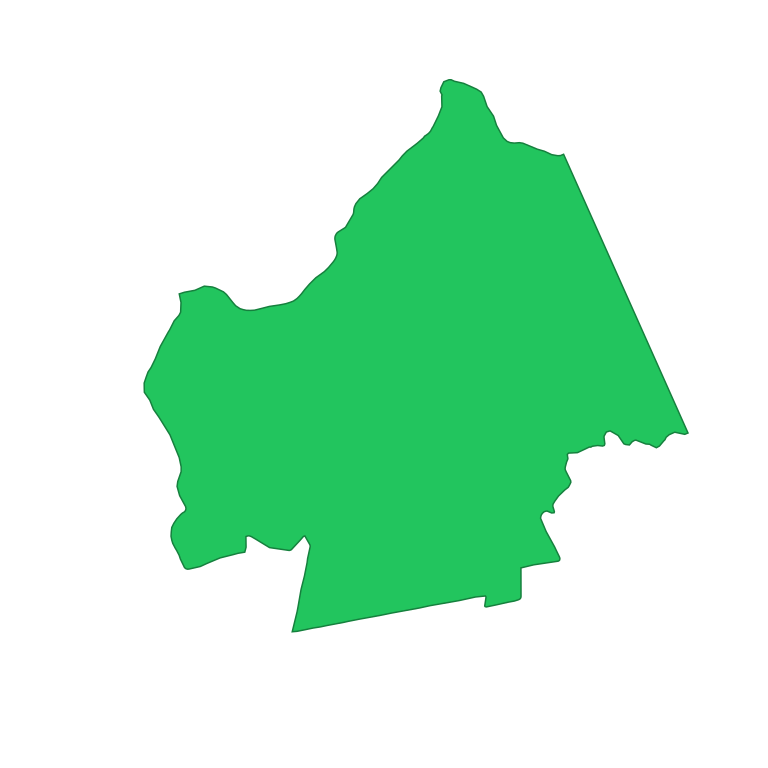 the district of Barillas, Huehuetenango, Guatemala, rotated 66°
{"feature_id": "79465075B26055354107156", "entity_name": "Barillas", "entity_type": "district", "adm_level": 2, "iso_a3": "GTM", "parent_name": "Guatemala", "parent_adm1": "Huehuetenango", "projection": "natural_earth1", "projection_center": [-91.212, 15.915], "detail": "fine", "context": "isolated", "style": "filled", "palette": "green", "viewbox_px": 768, "rotation_deg": 66, "n_neighbors": 0, "source": "geoboundaries", "source_scale": "gbopen_adm2", "svg_char_len": 3686}
<svg xmlns="http://www.w3.org/2000/svg" viewBox="0 0 768 768"><g transform="rotate(66 384 384)"><path d="M573.0,568.6L574.6,564.0L576.2,556.8L578.1,548.0L580.0,541.0L581.5,534.0L585.5,517.1L586.3,513.1L587.1,509.6L588.6,503.0L594.1,480.4L596.3,470.4L603.1,442.4L605.2,432.2L612.4,403.5L615.8,387.0L618.9,377.6L619.5,377.4L620.4,377.6L627.8,382.3L628.6,382.1L629.3,381.1L629.7,379.3L630.8,374.2L631.3,371.9L633.8,359.4L635.3,353.2L635.7,349.8L635.8,348.7L635.7,347.3L635.1,346.2L634.3,345.5L633.5,345.1L607.7,333.7L610.1,320.7L616.5,297.7L616.7,296.9L616.6,295.9L616.3,295.2L615.2,294.4L614.0,294.1L612.4,294.1L606.6,294.3L602.2,294.4L584.6,295.9L570.3,295.6L568.4,294.3L567.6,293.5L566.6,292.0L565.9,290.0L565.9,288.9L566.1,287.6L566.4,286.7L570.0,283.3L570.8,281.0L570.0,280.3L567.4,279.9L564.8,279.6L563.5,279.1L562.4,278.3L560.5,275.6L557.3,270.1L554.4,262.2L553.3,257.7L552.4,256.4L551.7,255.5L550.7,254.3L549.8,253.3L548.3,252.8L538.1,253.3L536.1,253.3L534.8,252.9L533.5,252.1L529.5,248.9L528.2,247.5L527.2,246.5L526.5,246.2L525.3,245.9L522.9,245.2L522.2,243.5L525.4,235.2L525.1,222.0L525.8,220.7L525.6,219.0L527.1,213.8L529.6,209.5L529.7,207.7L528.5,206.6L522.2,204.7L521.1,204.1L518.3,200.4L518.8,196.5L526.3,191.0L536.2,189.2L537.6,187.8L539.5,184.6L537.7,180.8L537.4,178.2L537.7,176.7L545.3,169.2L547.1,165.8L548.4,165.0L553.0,161.1L552.7,157.6L549.8,151.6L549.2,150.0L547.4,147.9L546.3,144.1L546.3,138.0L552.3,129.7L552.4,126.2L247.2,126.5L247.1,130.0L246.0,132.6L242.7,137.5L236.6,142.8L231.8,148.5L220.5,159.2L218.6,162.2L216.9,167.0L214.8,170.6L212.4,172.9L207.7,174.9L193.5,176.0L183.9,175.0L172.5,177.0L161.7,176.0L156.8,176.5L152.3,179.5L141.8,188.9L136.1,196.5L133.4,198.9L132.5,200.8L132.2,206.4L136.5,211.5L139.3,213.6L143.6,213.4L144.2,214.1L154.3,218.3L161.2,225.3L168.9,234.5L169.4,235.4L172.0,238.7L173.2,241.4L173.9,244.5L174.1,246.1L175.2,247.9L177.6,255.7L180.6,268.4L183.1,274.6L185.5,279.2L194.3,302.1L198.3,308.3L201.2,314.6L203.2,322.0L204.9,330.7L207.8,336.3L210.1,338.9L211.5,340.0L212.8,340.8L213.8,341.3L215.3,342.2L216.5,343.2L224.5,354.4L225.1,355.2L225.4,356.3L226.4,363.7L226.8,365.3L227.6,366.7L229.1,368.5L230.7,369.5L231.9,370.0L240.2,372.0L244.6,373.2L246.2,374.0L247.5,375.0L249.3,376.9L250.7,378.8L251.9,380.9L253.2,383.6L255.1,387.5L257.1,392.9L259.2,403.0L262.3,411.2L265.4,417.8L268.0,422.6L269.5,425.9L270.6,428.9L271.4,433.0L271.2,436.7L270.7,441.1L269.2,447.6L266.5,457.2L265.4,463.8L263.9,472.3L262.5,476.0L260.7,479.8L258.7,482.5L256.6,484.9L254.4,486.3L252.2,487.7L247.9,489.0L238.2,491.5L234.5,493.2L227.8,498.9L225.6,501.3L221.5,508.4L221.5,518.6L219.0,529.0L218.4,534.4L227.0,536.3L235.7,540.6L238.0,543.5L240.9,549.9L247.6,558.1L248.4,559.4L258.7,573.1L268.1,582.8L274.2,590.1L277.0,594.6L280.9,598.4L285.6,602.7L290.0,604.6L294.1,606.3L303.5,604.5L313.4,604.9L321.6,603.3L323.3,603.0L343.4,600.2L355.3,600.6L367.9,601.0L377.2,603.0L381.6,605.0L389.2,612.1L393.4,614.7L402.9,616.1L415.3,615.1L417.1,615.5L417.9,616.0L418.7,616.7L419.6,618.1L419.9,620.7L420.5,622.7L422.9,628.1L425.8,632.7L428.7,636.2L432.6,638.5L436.5,640.5L440.5,641.4L443.7,641.8L448.7,641.5L452.0,641.1L454.0,641.0L457.1,640.8L461.1,641.2L470.6,640.9L472.3,640.0L473.3,638.7L473.8,637.2L476.0,626.0L475.9,619.2L476.0,613.8L476.2,604.5L478.5,591.3L479.3,586.1L480.1,583.1L481.0,579.6L478.9,577.9L477.0,576.4L467.2,572.2L467.4,570.1L467.8,569.0L469.4,567.3L473.7,564.2L478.8,560.7L486.9,555.1L497.5,538.3L497.7,537.4L497.7,536.0L497.2,534.9L492.8,524.6L490.5,519.6L490.6,518.1L500.7,517.1L502.0,517.3L503.0,517.9L512.4,524.8L515.9,526.9L527.1,534.8L537.9,543.3L552.2,552.9L556.7,556.0L573.0,568.6Z" fill="#22c55e" stroke="#15803d" stroke-width="1.5"/></g></svg>